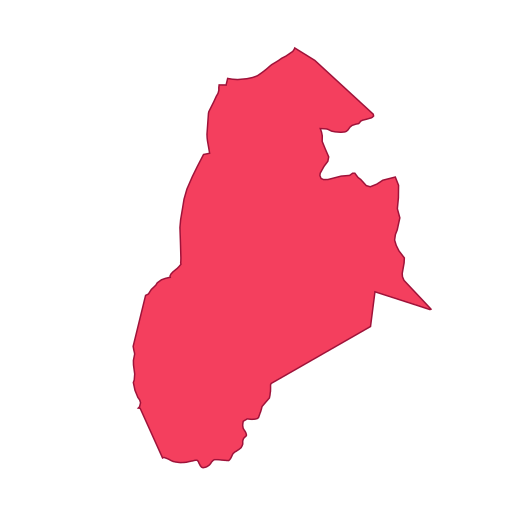 outline of Anse Canot, Dennery, Saint Lucia, rotated 253°
{"feature_id": "8701671B96841263270820", "entity_name": "Anse Canot", "entity_type": "district", "adm_level": 2, "iso_a3": "LCA", "parent_name": "Saint Lucia", "parent_adm1": "Dennery", "projection": "natural_earth1", "projection_center": [-60.908, 13.909], "detail": "fine", "context": "isolated", "style": "filled", "palette": "rose", "viewbox_px": 512, "rotation_deg": 253, "n_neighbors": 0, "source": "geoboundaries", "source_scale": "gbopen_adm2", "svg_char_len": 5502}
<svg xmlns="http://www.w3.org/2000/svg" viewBox="0 0 512 512"><g transform="rotate(253 256 256)"><path d="M430.0,270.6L428.0,269.7L425.3,268.9L422.6,267.2L420.3,264.7L415.8,260.7L409.0,254.2L407.7,253.0L406.2,252.2L397.1,248.7L386.7,244.7L383.2,243.8L380.5,243.3L373.3,242.4L367.8,241.7L368.4,235.5L358.7,226.0L350.6,218.4L340.2,209.5L331.4,203.8L323.3,199.8L312.9,194.6L305.5,191.6L291.0,187.7L276.1,183.6L273.0,182.6L271.6,182.0L270.0,181.8L268.4,179.3L267.2,177.1L265.3,172.3L263.7,169.5L262.1,168.0L260.7,167.8L260.8,167.5L261.1,162.7L260.9,158.6L260.0,156.0L259.2,153.7L257.4,151.7L254.6,146.1L251.1,142.0L250.6,138.9L205.5,112.1L202.2,111.7L199.1,111.5L197.7,111.3L191.9,108.2L187.7,107.0L178.6,105.5L173.0,103.3L170.9,101.7L163.0,101.0L155.3,101.7L152.3,102.7L149.4,102.7L145.9,100.6L145.0,99.0L144.2,100.7L90.2,107.6L90.3,108.0L90.3,108.4L90.3,108.6L90.2,109.1L90.0,109.5L89.8,109.8L89.4,110.3L89.2,110.5L89.1,110.8L88.9,111.0L88.5,111.5L88.1,112.0L87.9,112.2L87.7,112.5L87.4,112.8L87.1,113.1L86.9,113.4L86.5,113.7L86.0,114.2L85.7,114.5L85.3,114.9L84.8,115.4L84.5,115.8L84.3,116.1L83.7,116.7L83.6,117.0L83.3,117.4L83.2,117.7L83.0,118.1L82.7,118.5L82.5,118.9L82.1,119.8L81.9,120.2L81.8,120.5L81.5,121.0L81.4,121.3L81.3,121.5L81.1,121.9L80.9,122.3L80.8,122.8L80.7,123.0L80.5,123.3L80.4,123.7L80.3,124.1L80.2,124.5L80.1,124.9L80.0,125.2L79.9,125.6L79.7,126.2L79.7,126.7L79.5,127.2L79.4,127.6L79.4,127.9L79.3,128.2L79.2,128.7L79.1,129.3L79.1,129.7L79.1,130.1L79.0,130.5L79.0,131.1L79.0,131.6L78.9,132.1L78.9,132.5L78.9,132.8L78.8,133.2L78.8,133.6L78.8,133.9L78.8,134.2L78.7,134.6L78.6,135.0L78.6,135.4L78.6,135.8L78.6,136.1L78.5,136.5L78.5,136.8L78.5,137.2L78.5,137.7L78.5,138.0L78.3,138.4L78.3,138.7L78.2,139.2L78.1,139.5L77.9,139.8L77.7,140.1L77.1,140.5L76.7,140.5L76.2,140.8L75.9,140.8L75.5,140.8L75.2,140.8L74.9,140.8L74.7,140.9L74.2,141.0L73.7,141.1L73.4,141.1L73.1,141.2L72.7,141.3L72.2,141.3L71.9,141.4L71.5,141.5L71.3,141.7L70.8,141.8L70.6,141.9L70.4,142.0L70.0,142.2L69.8,142.4L69.5,142.8L69.2,143.1L69.1,143.5L68.9,143.9L68.9,144.3L68.9,144.9L68.8,145.2L68.8,145.6L68.8,145.9L68.8,146.1L68.8,146.5L68.8,147.0L68.9,147.4L69.0,147.8L69.2,148.6L69.3,148.9L69.5,149.5L69.7,150.0L69.8,150.4L70.0,150.7L70.2,151.0L70.4,151.3L70.6,151.6L70.8,151.9L71.1,152.3L71.4,152.6L71.7,152.9L71.9,153.1L72.2,153.7L72.3,153.9L72.6,154.4L72.7,154.6L72.9,154.9L73.0,155.1L73.1,155.4L73.2,155.7L73.3,156.0L73.4,156.6L73.3,156.8L73.2,157.3L73.0,157.9L72.9,158.3L72.8,158.6L72.7,158.9L72.5,159.6L72.2,160.3L72.1,160.8L72.0,161.0L71.9,161.2L71.7,161.7L71.6,161.9L71.3,162.7L71.1,163.0L70.9,163.5L70.8,163.8L70.6,164.3L70.3,165.0L70.2,165.3L69.9,166.1L69.7,166.4L69.6,166.8L69.5,167.1L69.0,168.2L68.8,168.8L68.6,169.4L68.4,169.8L68.4,170.1L68.6,170.7L68.9,171.2L69.1,171.5L69.3,171.8L69.4,172.0L69.8,172.5L70.4,173.1L70.9,173.6L71.3,174.0L71.8,174.4L72.1,174.7L72.4,174.9L72.7,175.2L72.9,175.4L73.3,175.8L73.6,176.1L73.8,176.4L74.0,176.8L74.3,177.5L74.5,177.9L74.7,178.3L74.8,178.7L74.9,179.1L75.0,179.5L75.0,179.9L75.1,180.1L75.2,180.4L75.4,181.0L75.5,181.3L75.6,181.7L75.7,182.0L75.8,182.4L75.9,182.8L76.1,183.4L76.2,183.6L76.4,184.1L76.5,184.3L76.7,184.9L76.9,185.3L77.0,185.6L77.3,186.0L77.7,186.3L78.0,186.6L78.3,187.0L78.6,187.2L78.9,187.5L79.1,187.6L79.3,187.8L79.5,188.0L80.2,188.4L80.5,188.5L80.9,188.6L81.2,188.7L81.9,188.9L82.2,188.9L82.5,189.1L83.1,189.3L83.3,189.5L83.7,189.6L84.0,189.9L84.4,190.2L84.7,190.4L85.0,190.7L85.3,191.0L85.5,191.3L85.6,191.6L85.9,192.0L86.0,192.3L86.1,192.6L86.3,192.9L86.4,193.1L86.5,193.4L86.8,193.9L87.0,194.2L87.3,194.4L87.6,194.5L87.9,194.5L88.2,194.6L88.5,194.6L88.8,194.6L89.2,194.6L89.4,194.6L89.7,194.6L89.9,194.6L90.3,194.5L90.7,194.5L91.4,194.3L91.9,194.2L92.3,194.0L92.5,194.0L92.8,193.9L93.4,193.7L93.7,193.6L94.0,193.6L94.5,193.4L95.0,193.4L95.3,193.4L95.6,193.4L96.2,193.5L96.6,193.5L96.8,193.6L97.3,193.6L97.5,193.6L97.9,193.8L98.4,194.0L98.8,194.1L99.2,194.2L99.4,194.3L99.7,194.4L99.9,194.6L100.3,194.8L101.0,195.1L101.7,195.5L102.1,197.1L102.8,200.0L102.1,201.6L101.2,203.7L100.9,204.7L100.3,207.3L100.2,209.0L100.2,209.9L100.8,211.2L104.8,214.1L105.6,214.8L105.9,215.0L108.0,216.4L110.2,217.7L110.4,217.9L110.9,218.7L113.2,222.3L116.3,227.3L118.9,228.7L120.8,229.5L122.4,230.3L125.4,231.3L128.7,232.3L129.7,233.3L155.1,344.9L187.0,359.3L153.9,406.7L154.0,407.8L154.3,407.7L189.4,390.4L193.3,390.0L196.5,390.7L206.1,395.6L210.8,397.3L219.1,394.2L225.1,393.2L230.7,393.2L235.8,395.6L239.7,398.7L250.4,404.7L259.9,405.0L270.0,409.2L281.9,413.0L290.8,412.3L291.4,399.4L289.4,392.5L288.8,385.5L291.1,382.0L298.6,378.5L301.3,376.5L306.3,374.7L306.9,372.6L305.7,369.1L307.5,360.8L308.1,347.2L309.3,343.0L311.1,340.9L314.3,340.6L316.4,341.6L321.8,347.2L325.6,352.4L329.5,354.5L338.4,353.5L346.2,352.8L351.5,354.5L355.4,354.9L359.1,354.7L357.0,360.4L356.1,361.8L353.3,364.8L351.6,368.0L349.5,373.3L348.7,377.2L348.8,378.8L349.6,380.7L351.8,383.6L352.8,386.1L352.9,390.1L352.6,392.8L353.2,394.0L354.3,395.4L354.7,397.6L354.5,401.3L354.4,406.7L354.7,407.9L355.5,409.4L356.7,409.5L357.3,409.6L425.9,369.4L443.0,354.4L443.6,353.9L442.5,353.0L440.9,351.0L440.1,348.4L438.4,343.0L437.6,338.4L436.4,334.8L435.4,331.0L434.4,326.9L433.5,324.7L431.6,320.5L429.7,315.5L428.0,310.2L427.8,307.9L427.7,304.8L428.2,299.2L429.0,295.3L430.1,290.0L432.0,285.0L434.1,280.8L433.3,280.4L433.1,280.2L432.0,279.6L430.0,278.4L429.0,277.8L428.5,277.5L428.2,277.4L428.4,276.9L428.6,276.4L430.3,271.0L430.4,270.8L430.0,270.6Z" fill="#f43f5e" stroke="#9f1239" stroke-width="1.5"/></g></svg>